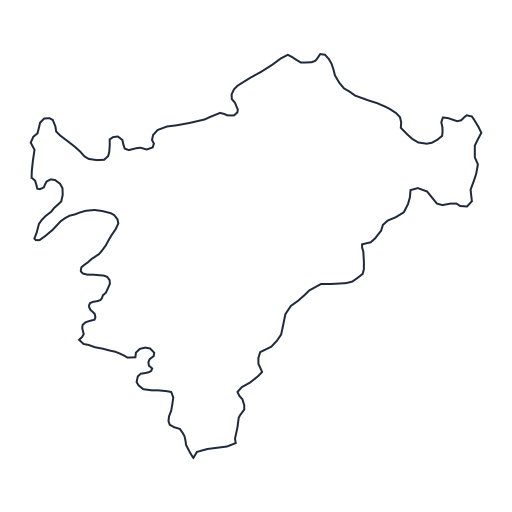 the district of Loyew, Gomel, Belarus
{"feature_id": "67162791B2494752626310", "entity_name": "Loyew", "entity_type": "district", "adm_level": 2, "iso_a3": "BLR", "parent_name": "Belarus", "parent_adm1": "Gomel", "projection": "natural_earth1", "projection_center": [30.598, 51.937], "detail": "fine", "context": "isolated", "style": "outline", "palette": "slate", "viewbox_px": 512, "rotation_deg": 0, "n_neighbors": 0, "source": "geoboundaries", "source_scale": "gbopen_adm2", "svg_char_len": 3755}
<svg xmlns="http://www.w3.org/2000/svg" viewBox="0 0 512 512"><path d="M287.8,54.8L280.7,58.5L272.5,64.6L261.3,71.7L250.2,77.8L241.7,83.1L237.6,85.7L234.0,89.3L231.6,94.4L231.8,99.1L235.0,102.8L236.6,106.8L237.8,109.4L237.4,112.3L234.2,115.3L231.4,115.5L227.1,115.3L224.4,114.0L220.1,112.9L214.9,115.0L210.0,117.0L204.8,119.4L198.4,120.9L189.8,122.9L176.7,125.3L167.0,126.5L157.6,130.0L153.1,135.0L152.0,140.0L153.9,143.6L152.7,147.4L146.7,149.5L140.4,147.7L135.9,148.3L128.8,150.1L124.7,148.6L123.2,143.9L122.4,140.0L117.9,136.5L113.1,137.1L109.7,139.4L109.7,145.3L109.3,151.5L108.2,156.0L104.1,159.8L96.6,160.1L88.7,158.9L84.6,156.5L80.1,151.5L74.5,146.5L68.1,141.5L59.9,135.3L56.2,131.5L55.4,126.5L52.8,120.0L49.5,118.2L44.2,118.5L40.1,122.6L39.0,127.4L37.5,133.3L33.3,136.8L30.7,142.7L30.8,142.8L34.5,149.8L32.9,160.7L31.8,170.8L31.6,177.8L31.8,177.8L35.1,180.7L36.3,184.7L37.3,188.7L39.9,189.2L43.8,187.4L45.2,184.1L46.6,181.5L50.7,179.4L55.0,180.0L60.1,183.8L62.5,188.3L62.7,194.9L61.2,201.5L58.1,204.4L54.0,208.1L51.2,211.7L45.7,215.9L41.8,219.9L38.9,224.0L36.8,232.2L34.4,238.6L35.8,240.1L39.6,240.1L45.4,235.9L52.8,229.7L56.7,225.5L60.7,221.2L65.3,218.0L69.6,215.7L74.9,214.4L80.4,212.3L85.7,210.8L91.9,210.2L94.5,210.0L102.2,211.0L110.8,213.2L114.2,215.1L117.5,219.3L118.3,223.5L115.6,229.3L111.8,234.8L109.1,239.3L105.8,245.4L101.9,250.7L99.0,254.1L91.8,258.8L87.8,262.4L84.1,265.0L81.4,267.3L80.8,270.4L80.9,271.5L82.9,273.5L87.5,274.7L93.3,274.7L97.9,275.1L103.8,275.6L107.1,276.8L109.6,280.1L109.9,283.8L108.1,287.9L105.9,292.7L103.0,295.2L101.8,298.3L100.4,300.1L97.5,301.1L93.3,301.8L90.1,303.0L89.1,305.2L89.1,307.0L90.3,309.7L94.7,313.8L95.4,317.4L94.5,319.7L89.4,321.0L85.6,322.3L82.7,324.8L82.2,327.8L82.7,330.1L83.7,334.1L82.2,336.9L79.1,339.8L83.6,344.0L88.4,344.9L94.9,347.2L102.8,348.7L110.0,350.6L115.1,351.7L119.9,353.6L123.7,355.4L127.5,357.6L135.4,357.3L135.9,352.7L139.8,348.9L145.3,347.6L150.1,348.5L154.2,352.7L153.7,356.1L149.6,359.2L148.4,362.2L148.9,365.6L152.2,368.5L151.2,370.9L149.4,372.0L145.7,373.0L140.8,373.7L137.8,376.4L136.6,382.1L138.6,385.4L143.3,389.2L151.5,390.3L157.7,390.3L166.4,391.1L171.2,392.0L173.3,397.5L172.3,404.3L171.2,410.7L169.0,416.4L168.5,421.1L169.7,424.7L174.1,427.2L179.8,428.9L182.5,432.7L184.4,436.0L185.3,439.6L186.1,445.1L188.0,448.7L189.9,452.4L193.0,457.5L193.4,457.9L196.9,451.9L207.4,449.0L227.0,446.5L235.7,443.1L235.0,438.7L237.5,427.0L238.7,417.8L240.0,415.3L244.3,409.5L244.2,405.1L242.4,399.3L239.3,395.8L237.5,392.0L241.8,387.1L249.8,382.7L257.8,376.4L262.1,372.0L258.4,363.7L258.4,357.9L260.2,352.1L271.3,346.7L276.8,340.9L281.1,334.6L282.3,329.2L285.4,314.1L290.9,305.9L298.3,300.6L304.4,295.2L309.3,290.4L321.0,284.0L330.8,284.0L338.2,283.6L346.1,283.1L352.3,281.6L357.8,277.7L362.7,273.9L363.9,269.0L363.9,261.7L363.3,251.6L362.1,247.7L362.1,244.3L370.7,242.3L375.0,238.5L381.1,230.7L382.9,224.9L387.8,220.5L395.8,217.2L403.8,212.3L408.0,204.1L409.9,197.3L410.5,190.1L417.8,188.1L427.1,191.5L432.6,198.3L436.9,203.6L442.4,205.1L450.4,203.6L456.5,203.6L460.2,206.0L467.0,206.5L471.9,201.2L471.2,195.4L470.6,189.6L473.7,181.3L476.1,174.1L477.9,164.4L474.8,157.2L474.8,145.6L477.9,139.3L481.3,132.8L478.6,127.2L474.3,120.0L471.9,116.5L466.7,115.3L464.3,117.2L461.2,120.3L457.2,121.2L448.1,118.1L442.9,117.5L441.3,122.2L442.5,127.8L442.5,132.5L442.1,135.9L437.4,139.7L431.8,142.8L426.7,143.7L418.3,142.5L412.4,139.0L407.2,134.3L400.8,127.8L401.2,122.5L400.0,117.2L396.1,113.1L389.3,108.7L384.9,106.5L377.0,103.1L369.0,100.6L355.1,95.6L350.0,91.9L344.0,88.4L339.3,82.8L334.9,75.3L333.7,70.3L331.7,64.1L328.9,59.1L324.9,54.7L320.2,54.1L316.6,59.4L315.4,60.7L311.9,62.2L305.9,62.5L300.8,62.5L295.6,59.4L292.4,57.2L287.8,54.8Z" fill="none" stroke="#1e293b" stroke-width="2"/></svg>